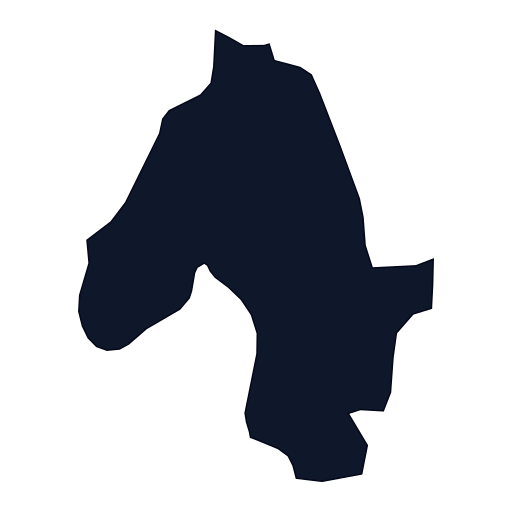 the District of Bobonaro
{"feature_id": "TLS-547", "entity_name": "Bobonaro", "entity_type": "District", "adm_level": 1, "iso_a3": "TLS", "parent_name": "East Timor", "parent_adm1": "", "projection": "equal_earth", "projection_center": [125.15, -8.979], "detail": "fine", "context": "isolated", "style": "filled", "palette": "ink", "viewbox_px": 512, "rotation_deg": 0, "n_neighbors": 0, "source": "natural_earth", "source_scale": "10m", "svg_char_len": 976}
<svg xmlns="http://www.w3.org/2000/svg" viewBox="0 0 512 512"><path d="M106.9,350.2L96.5,346.4L88.2,337.9L82.4,325.9L78.8,311.4L79.7,295.2L89.1,263.1L87.0,240.2L111.0,221.9L125.7,202.5L159.7,133.5L162.8,119.0L169.3,110.6L200.7,95.0L211.1,83.2L213.8,66.6L215.6,30.7L215.8,30.8L229.3,37.8L243.3,45.8L264.2,45.6L269.1,44.1L274.2,60.6L300.1,67.5L311.3,74.9L319.8,94.0L339.6,145.2L359.3,198.7L363.0,217.4L365.1,245.5L372.3,268.0L416.1,265.8L433.2,259.2L432.6,284.7L431.4,308.3L413.0,314.0L396.4,333.0L393.0,357.4L390.5,392.3L383.3,410.8L360.4,409.5L348.2,413.4L367.3,445.4L361.7,473.9L322.1,481.3L296.3,478.2L293.1,465.7L288.2,455.9L278.1,448.5L254.3,438.7L250.5,437.3L249.5,431.9L246.5,421.9L245.1,413.1L257.0,353.8L257.3,333.3L251.4,314.6L241.2,299.4L228.5,287.2L215.3,277.3L210.3,271.1L207.6,265.3L204.3,263.0L197.1,267.3L194.6,272.7L191.5,291.0L189.2,298.0L179.8,309.1L146.5,328.5L128.6,344.0L119.5,349.0L106.9,350.2Z" fill="#0f172a" stroke="#020617" stroke-width="1.5"/></svg>